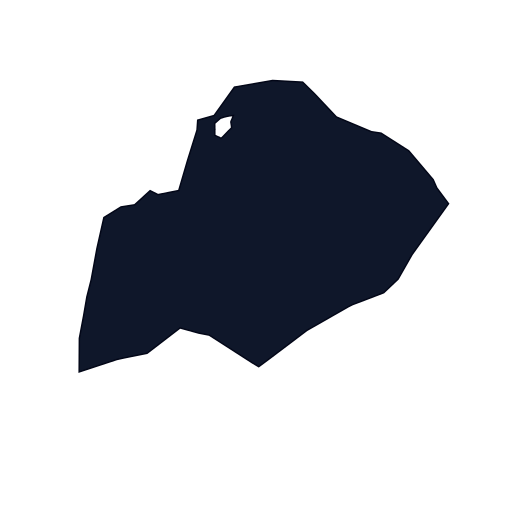 outline of Su'xbaatar, Sühbaatar, Mongolia, rotated 114°
{"feature_id": "93677404B60668792208012", "entity_name": "Su'xbaatar", "entity_type": "district", "adm_level": 2, "iso_a3": "MNG", "parent_name": "Mongolia", "parent_adm1": "Sühbaatar", "projection": "mercator", "projection_center": [113.619, 46.984], "detail": "fine", "context": "isolated", "style": "filled", "palette": "ink", "viewbox_px": 512, "rotation_deg": 114, "n_neighbors": 0, "source": "geoboundaries", "source_scale": "gbopen_adm2", "svg_char_len": 1077}
<svg xmlns="http://www.w3.org/2000/svg" viewBox="0 0 512 512"><g transform="rotate(114 256 256)"><path d="M362.1,393.9L381.0,389.1L403.0,383.9L433.8,370.4L407.2,341.1L402.9,335.3L389.1,315.9L352.6,296.1L349.7,276.9L347.3,266.6L355.1,215.9L356.0,208.5L345.0,202.3L303.2,179.2L264.9,151.1L261.1,148.0L251.4,138.2L237.6,124.4L219.3,116.8L191.1,114.0L129.9,101.4L120.2,118.6L114.2,125.2L97.8,159.2L92.9,191.7L95.5,201.1L96.3,239.1L84.1,268.3L78.2,284.1L88.9,312.2L110.5,344.4L144.7,351.4L155.6,364.5L164.9,361.1L196.6,357.4L227.6,353.2L239.8,370.5L239.4,379.3L258.6,387.7L266.1,399.3L282.7,410.6L313.7,404.4L344.7,396.9L362.1,393.9ZM157.9,344.8L157.3,345.1L157.2,345.0L155.7,345.8L154.5,346.3L151.6,347.7L151.2,347.5L149.2,346.6L145.9,345.1L144.6,344.5L143.3,343.0L141.9,341.5L140.8,340.0L140.6,339.8L138.7,337.1L136.8,333.8L141.4,333.6L143.0,333.6L143.6,333.5L143.9,333.4L146.7,331.6L148.8,330.4L152.4,331.8L152.5,331.9L154.8,332.7L160.9,334.9L162.8,335.8L162.5,337.7L162.6,339.6L162.5,342.1L162.5,342.7L157.9,344.8Z" fill="#0f172a" stroke="#020617" stroke-width="1.5"/></g></svg>